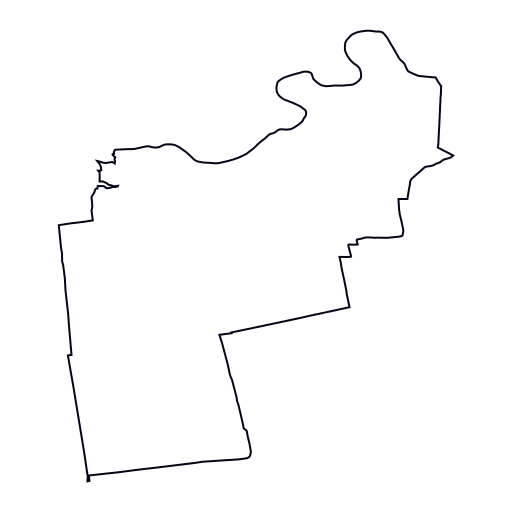 outline of Isvoarele, Giurgiu, Romania
{"feature_id": "2599482B48168115040378", "entity_name": "Isvoarele", "entity_type": "district", "adm_level": 2, "iso_a3": "ROU", "parent_name": "Romania", "parent_adm1": "Giurgiu", "projection": "natural_earth1", "projection_center": [26.306, 44.155], "detail": "fine", "context": "isolated", "style": "outline", "palette": "ink", "viewbox_px": 512, "rotation_deg": 0, "n_neighbors": 0, "source": "geoboundaries", "source_scale": "gbopen_adm2", "svg_char_len": 5911}
<svg xmlns="http://www.w3.org/2000/svg" viewBox="0 0 512 512"><path d="M349.5,307.2L349.0,304.7L346.5,293.0L346.6,291.9L344.4,281.1L341.4,267.0L340.9,263.2L339.5,256.9L347.0,257.0L350.8,256.8L351.1,256.3L348.2,245.2L348.5,244.6L349.8,244.5L352.6,244.7L357.7,244.5L356.6,240.3L356.8,239.6L359.4,239.0L360.7,238.8L363.5,238.1L364.8,237.6L366.6,237.4L371.6,237.5L374.6,237.8L376.0,237.7L379.5,237.7L385.6,237.8L387.6,237.8L398.6,236.7L401.2,236.2L402.0,235.9L402.5,235.3L403.3,231.5L403.2,229.5L402.4,225.6L401.5,221.6L399.5,213.2L399.6,212.5L399.1,209.9L398.9,206.8L398.5,199.0L407.4,199.0L409.0,189.0L409.2,188.0L409.5,186.7L409.9,184.4L410.1,182.2L410.2,181.7L410.6,180.5L410.9,179.9L411.3,179.3L412.4,178.1L413.4,177.2L417.1,173.9L418.7,172.6L423.8,168.0L425.0,167.1L425.7,166.8L427.0,166.5L430.3,166.1L431.5,165.8L433.8,165.1L434.3,164.8L434.8,164.4L435.5,163.9L436.2,163.6L437.9,163.2L438.5,162.8L438.9,162.6L439.7,162.6L440.9,161.6L442.0,160.8L442.7,160.2L443.4,159.8L444.0,159.7L444.2,159.4L446.4,158.8L449.6,158.0L451.5,157.0L452.2,156.4L452.6,156.0L453.2,155.5L451.2,154.5L447.5,152.5L442.9,150.2L437.8,147.5L438.3,144.4L438.8,134.0L439.1,128.1L439.2,127.0L439.5,119.4L439.7,116.9L439.7,114.3L439.9,112.5L440.0,108.6L440.1,106.7L440.4,101.3L440.5,98.1L440.8,94.8L441.0,90.8L441.0,89.8L441.2,86.3L439.7,84.1L438.5,82.4L437.3,80.5L436.5,79.0L435.8,77.5L429.9,77.0L426.3,76.7L423.5,76.4L420.3,76.1L418.5,75.8L418.0,75.7L415.5,74.7L414.1,74.1L411.8,73.1L409.9,72.2L408.7,71.6L408.5,71.4L408.3,71.4L407.2,70.0L406.8,68.9L406.1,67.6L405.1,65.2L404.9,64.5L404.2,63.6L403.6,62.8L402.6,61.7L401.7,61.1L400.4,59.9L398.9,57.9L393.6,48.6L391.1,44.5L387.7,38.5L386.5,36.7L384.0,33.8L382.9,32.8L381.8,32.1L380.7,31.8L379.4,31.6L377.6,31.5L376.3,31.6L372.0,31.0L370.7,30.8L369.6,30.8L368.5,30.7L365.7,30.8L363.5,31.1L360.8,31.5L358.5,32.0L356.2,32.6L354.5,33.4L353.1,34.0L351.7,34.9L350.3,36.1L348.1,38.5L346.9,39.8L346.3,40.7L345.4,42.6L345.2,43.2L344.9,45.9L344.9,49.1L345.1,50.6L345.8,52.5L346.7,54.5L347.6,56.2L348.7,57.8L349.8,59.4L350.9,60.6L352.3,62.0L353.8,63.4L355.4,64.5L356.5,65.2L357.4,66.0L357.9,66.5L359.3,68.1L359.8,69.1L360.4,70.6L360.8,72.1L361.0,73.3L361.1,74.6L361.1,75.6L361.0,77.3L360.8,77.9L359.9,79.4L359.2,80.3L358.1,81.3L356.6,82.5L355.5,83.2L354.1,84.0L352.5,84.6L350.0,85.0L346.7,85.2L342.8,85.6L340.8,85.6L337.2,85.5L335.7,85.5L333.9,85.6L329.8,86.0L326.9,86.2L325.3,86.1L322.4,85.5L321.3,85.2L320.7,84.9L319.1,83.9L317.9,83.1L316.0,81.5L314.9,80.5L313.6,79.2L313.2,78.5L312.8,77.6L312.2,75.5L311.7,73.9L311.1,73.2L310.9,73.0L310.2,72.5L309.5,72.3L308.7,72.0L307.0,71.7L306.0,71.7L304.9,71.6L303.1,71.8L299.2,73.0L295.1,74.0L289.2,75.8L285.2,77.2L283.1,78.1L280.4,79.7L278.2,81.5L277.3,82.8L277.1,84.5L276.5,86.7L276.5,89.3L276.9,92.0L278.2,94.5L280.1,96.7L282.9,98.8L284.1,99.5L289.9,101.7L294.4,103.5L300.0,106.2L301.2,107.0L304.9,109.8L305.5,110.5L306.0,111.7L306.2,113.5L306.0,114.6L305.7,115.6L305.4,116.4L304.9,117.1L304.5,117.5L304.0,118.1L302.5,121.1L301.6,122.0L299.2,124.1L297.2,125.5L294.1,127.5L293.2,128.1L291.8,128.7L290.3,129.2L287.9,129.5L285.9,129.6L284.6,129.5L283.0,129.3L280.1,129.3L278.4,129.9L276.9,130.8L275.4,132.1L274.3,132.7L272.9,133.3L271.7,133.6L270.5,133.8L269.5,134.4L268.1,135.5L264.6,138.8L262.9,139.9L261.2,141.3L260.2,142.2L258.1,143.9L256.4,145.7L252.4,149.4L249.7,151.3L246.7,153.7L242.8,155.7L237.9,157.9L233.5,159.4L228.8,160.8L222.9,162.2L218.7,163.1L215.9,163.3L213.7,163.2L212.5,163.1L210.8,162.9L208.2,162.8L206.6,162.7L203.2,162.5L199.2,161.8L196.6,161.1L194.2,159.7L192.4,157.9L188.5,154.2L186.1,152.1L179.6,147.4L176.2,145.6L173.9,144.8L170.5,144.3L167.0,144.3L164.8,144.6L162.8,145.3L160.7,146.3L159.6,147.0L155.9,147.6L153.6,147.4L151.2,147.0L149.1,146.3L147.1,146.3L145.7,146.5L135.2,148.8L132.1,149.1L128.7,149.1L115.4,149.7L114.9,150.0L114.3,151.2L113.7,153.1L113.8,153.3L114.1,153.6L114.1,153.9L113.9,154.1L113.5,154.2L112.9,154.1L112.6,154.2L112.5,154.4L112.5,154.6L112.9,155.1L113.5,155.7L113.9,156.2L114.2,156.5L114.4,156.7L115.1,157.0L115.3,157.5L115.0,158.0L114.8,158.3L114.5,159.0L114.5,159.4L114.8,160.3L115.0,160.7L115.1,161.2L114.8,162.6L114.7,163.4L114.3,163.1L113.7,162.9L113.2,162.6L112.5,162.1L112.1,161.9L111.8,162.0L111.0,162.2L109.6,162.4L108.8,162.5L107.9,162.7L106.3,163.0L104.4,162.8L103.3,162.8L101.1,162.0L99.0,161.4L97.2,161.0L99.0,163.3L99.9,164.5L100.4,165.5L100.8,166.8L101.0,168.8L101.4,169.8L101.2,170.3L100.5,170.7L98.2,170.7L99.5,172.3L99.6,173.4L99.7,177.9L99.6,181.5L101.6,181.4L102.7,181.5L103.6,181.7L104.2,182.1L106.2,182.9L107.0,183.4L107.8,184.2L108.5,184.7L109.1,184.9L110.2,185.1L111.3,185.4L114.0,186.3L114.4,186.2L115.6,186.2L116.7,186.0L118.0,185.8L117.8,186.4L115.9,186.7L115.2,187.0L112.4,187.0L111.7,187.2L110.9,187.6L108.5,188.1L107.8,188.2L107.3,188.1L106.8,188.2L105.5,187.6L105.2,187.3L105.0,186.9L104.4,186.4L103.7,186.2L102.7,186.1L97.8,186.0L97.4,188.5L96.4,188.6L95.9,188.9L95.5,189.2L95.0,190.0L94.5,191.7L94.4,192.3L93.7,193.5L92.5,195.4L91.8,196.4L91.7,196.6L91.5,197.4L91.6,198.2L92.1,203.0L92.3,206.5L92.0,208.7L91.6,209.8L91.5,210.2L92.4,217.4L92.8,220.4L83.9,221.8L70.3,223.4L58.8,225.2L61.0,247.7L62.0,253.2L62.1,257.6L62.1,261.2L63.2,265.3L64.8,278.0L65.5,290.5L68.1,313.5L68.9,324.8L71.5,354.9L67.9,355.4L73.5,387.4L84.3,453.3L86.7,469.7L87.8,476.7L87.4,481.3L89.5,480.9L88.7,475.5L118.2,472.3L138.2,469.7L158.0,467.4L194.9,462.9L202.0,461.8L218.2,460.7L238.4,459.4L245.8,458.4L247.3,458.1L248.6,457.4L249.4,456.8L249.9,456.0L250.1,455.6L250.5,453.7L250.9,451.8L249.6,444.2L249.0,441.7L247.7,436.3L246.8,431.2L246.2,430.3L245.4,429.7L244.3,429.0L243.8,428.4L243.6,427.7L242.6,422.7L240.9,415.4L238.6,405.5L237.0,400.6L236.5,397.0L235.1,391.7L232.9,383.3L232.2,380.5L230.1,375.4L227.5,363.6L225.7,356.8L222.0,342.9L219.4,334.8L231.7,333.2L231.5,332.4L240.8,330.5L297.6,318.5L304.9,316.9L308.1,316.1L340.3,309.2L349.5,307.2Z" fill="none" stroke="#020617" stroke-width="2"/></svg>